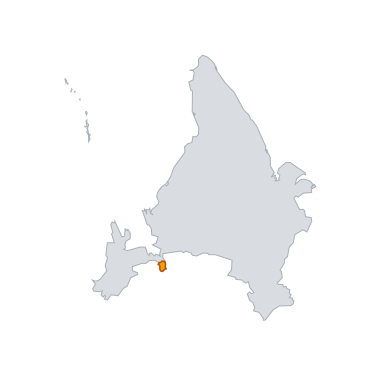 where Sikkim sits in India, rotated 165°
{"feature_id": "IND-3259", "entity_name": "Sikkim", "entity_type": "State", "adm_level": 1, "iso_a3": "IND", "parent_name": "India", "parent_adm1": "", "projection": "natural_earth1", "projection_center": [88.435, 27.596], "detail": "fine", "context": "in_parent", "style": "filled", "palette": "amber", "viewbox_px": 384, "rotation_deg": 165, "n_neighbors": 0, "source": "natural_earth", "source_scale": "10m", "svg_char_len": 4856}
<svg xmlns="http://www.w3.org/2000/svg" viewBox="0 0 384 384"><g transform="rotate(165 192 192)"><path d="M71.2,165.1L75.9,164.0L76.5,160.6L85.0,162.1L90.7,159.6L92.6,161.3L95.3,159.7L92.5,147.1L89.4,146.7L88.1,144.7L88.7,138.8L83.5,136.4L83.9,132.7L91.4,123.7L94.6,126.8L103.5,124.3L107.6,116.5L112.3,113.7L116.6,104.7L120.2,103.1L121.0,99.7L127.2,93.8L126.3,92.3L126.9,86.0L133.3,82.0L132.6,80.5L128.2,79.2L128.1,76.6L125.6,76.5L125.3,74.3L122.9,72.3L124.2,69.2L122.9,67.1L125.2,64.8L122.5,63.5L123.1,61.9L121.7,60.5L123.2,57.8L126.0,56.7L137.2,59.3L144.4,57.0L154.3,49.4L156.3,49.6L156.0,51.9L158.3,58.3L163.4,61.3L161.3,64.2L161.8,69.3L164.4,72.5L164.9,79.2L162.4,80.6L160.7,78.2L158.2,79.0L160.9,84.6L160.8,90.9L163.7,90.1L166.8,94.2L172.1,96.2L172.4,98.4L179.0,102.4L173.9,106.7L171.0,115.7L185.5,125.3L192.2,127.2L192.7,128.7L197.2,130.2L203.9,129.0L208.1,130.9L208.7,133.5L213.3,136.4L216.0,135.5L217.8,137.8L236.0,140.0L237.3,136.6L235.9,132.5L237.2,124.4L240.8,123.0L242.6,123.9L242.2,128.7L243.4,130.7L242.1,132.1L245.5,135.7L250.6,136.8L255.4,135.0L258.6,136.1L269.0,135.3L269.6,131.0L265.6,128.3L265.9,126.3L273.4,125.1L279.1,117.7L283.3,116.7L290.3,110.9L296.6,113.6L301.8,109.5L304.5,111.5L302.6,113.2L302.7,114.8L305.2,113.5L306.4,116.3L304.0,119.8L306.6,119.4L312.6,121.8L312.8,124.6L309.1,128.0L311.0,132.7L307.9,130.6L303.5,131.3L294.8,137.9L294.9,143.4L290.5,150.6L291.6,153.3L286.9,164.9L280.2,163.1L280.6,172.3L279.0,173.3L278.9,181.3L276.9,183.7L275.3,182.2L274.1,183.8L271.3,166.8L268.6,166.8L266.1,173.8L264.6,171.6L263.6,172.6L262.3,167.9L263.9,162.8L268.2,161.8L270.0,159.6L271.0,154.9L273.0,154.3L269.5,152.1L256.2,152.2L251.2,150.8L251.1,144.4L249.8,141.7L248.8,143.8L247.3,143.8L244.4,139.7L242.8,141.3L239.1,138.2L239.6,140.1L236.7,144.9L243.9,151.2L239.8,151.9L236.2,157.5L242.0,161.0L240.7,166.9L242.0,171.1L243.7,171.8L244.8,187.0L243.1,186.1L242.2,187.7L241.3,182.3L240.9,186.9L238.4,186.0L237.0,187.2L237.6,182.2L235.5,179.8L237.3,182.4L235.5,185.3L228.5,188.5L226.4,191.1L227.4,196.5L225.5,200.3L222.4,203.3L221.3,202.9L221.0,204.4L215.6,206.5L215.1,204.5L212.9,205.8L212.3,207.4L214.5,207.1L208.9,212.1L203.2,220.3L188.5,232.2L187.6,237.5L183.4,239.8L179.4,239.7L176.7,245.5L173.9,244.1L170.9,245.9L168.8,252.2L170.8,268.0L169.6,265.7L168.8,266.8L171.1,269.2L165.4,289.5L166.8,290.6L166.6,299.2L162.1,299.9L158.9,306.7L159.6,309.0L162.9,310.4L159.2,309.7L154.5,311.3L152.5,313.4L151.4,318.4L146.7,321.4L142.9,319.1L138.6,313.3L136.7,307.9L136.0,303.2L137.8,307.0L136.9,303.2L131.8,289.0L125.3,277.1L120.8,258.0L117.3,252.2L116.4,246.4L115.1,245.9L112.4,238.5L109.0,216.9L110.2,213.1L109.9,211.8L108.7,213.6L108.5,212.5L108.6,210.4L110.1,210.6L108.4,209.7L107.5,205.1L109.6,196.7L107.6,189.8L108.5,188.8L107.5,188.9L111.7,186.0L107.0,186.6L108.4,183.8L106.9,183.8L107.2,182.0L109.3,181.2L104.1,180.9L104.8,182.7L102.8,185.3L104.5,188.2L102.4,191.9L94.0,196.1L89.5,195.1L77.4,180.7L78.1,179.2L79.9,180.7L87.5,177.9L90.3,172.7L83.3,176.0L79.8,175.1L74.9,171.7L73.2,168.0L76.3,165.2L71.7,167.7L71.2,165.1ZM276.0,287.2L274.4,283.9L276.5,280.4L277.0,269.2L278.8,267.4L277.3,273.3L278.2,277.3L277.1,278.3L276.0,287.2ZM285.5,329.7L285.5,334.6L284.1,331.9L285.5,329.7ZM274.1,296.9L273.0,297.0L272.9,295.0L274.2,293.6L274.1,296.9ZM281.6,322.0L281.6,323.4L281.3,322.1L281.6,322.0ZM283.0,320.1L282.5,322.0L282.6,320.0L283.0,320.1ZM284.4,328.0L283.9,329.5L283.6,328.9L284.4,328.0ZM276.8,310.6L276.0,310.7L276.4,309.9L276.8,310.6ZM275.7,288.0L274.9,288.7L275.3,287.5L275.7,288.0ZM278.4,282.3L278.8,283.7L277.9,282.6L278.4,282.3ZM279.6,319.7L279.0,319.5L279.3,318.7L279.6,319.7ZM276.0,273.3L275.6,274.7L275.8,273.1L276.0,273.3Z" fill="#d9dde1" stroke="#a8b0b8" stroke-width="1"/><path d="M243.4,130.7L243.3,131.0L243.2,131.1L242.6,131.3L242.4,131.5L242.2,131.8L242.1,132.1L242.0,132.4L241.9,132.4L241.7,132.3L241.6,132.2L241.1,132.2L240.5,132.1L240.3,132.1L239.7,132.7L239.5,132.9L239.3,133.0L239.1,133.0L238.9,133.0L238.8,132.9L237.9,132.5L237.6,132.4L237.2,132.5L236.8,132.4L236.7,132.3L236.7,132.2L236.7,131.9L236.3,131.6L236.2,131.5L236.1,131.4L236.3,130.9L236.3,130.7L236.2,130.4L236.1,130.1L236.2,129.8L236.3,129.7L236.3,129.4L236.2,129.2L236.4,128.5L236.9,127.5L237.1,126.7L237.3,126.4L237.3,126.2L237.3,125.8L237.4,125.6L237.3,125.4L237.2,125.4L236.9,125.1L236.8,124.9L236.9,124.6L237.0,124.5L237.1,124.4L237.3,124.5L237.5,124.4L239.1,124.1L239.3,124.0L239.8,123.6L240.2,123.6L240.3,123.5L240.4,123.3L240.6,123.2L240.9,122.9L241.0,122.9L241.2,123.1L241.4,123.2L241.9,123.3L242.1,123.4L242.4,123.6L242.6,123.8L242.7,124.0L242.8,124.2L242.7,124.5L242.8,124.8L243.0,125.0L243.1,125.3L243.0,125.5L242.7,127.4L242.5,127.7L242.3,128.0L242.2,128.3L242.1,128.6L242.3,128.8L242.3,129.0L242.2,129.3L242.3,129.5L242.4,129.8L242.6,130.0L242.8,130.2L243.0,130.5L243.4,130.7Z" fill="#f59e0b" stroke="#b45309" stroke-width="1.5"/></g></svg>